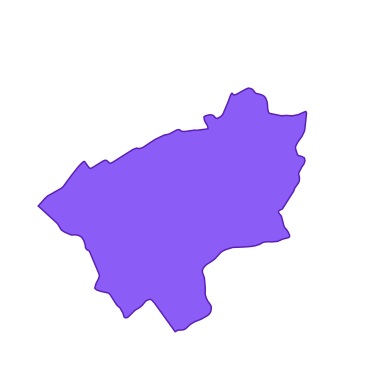 SVG path tracing the border of Tucumán, rotated 224°
{"feature_id": "ARG-1305", "entity_name": "Tucumán", "entity_type": "Province", "adm_level": 1, "iso_a3": "ARG", "parent_name": "Argentina", "parent_adm1": "", "projection": "robinson", "projection_center": [-65.419, -27.064], "detail": "fine", "context": "isolated", "style": "filled", "palette": "violet", "viewbox_px": 384, "rotation_deg": 224, "n_neighbors": 0, "source": "natural_earth", "source_scale": "10m", "svg_char_len": 3317}
<svg xmlns="http://www.w3.org/2000/svg" viewBox="0 0 384 384"><g transform="rotate(224 192 192)"><path d="M153.9,55.0L154.6,55.2L157.1,56.7L157.7,57.0L163.6,58.7L166.4,58.4L168.0,58.5L179.6,61.3L181.1,61.3L182.0,61.1L182.7,60.8L188.6,57.2L191.9,55.6L193.6,55.2L194.8,55.2L195.3,55.6L195.7,56.1L196.0,56.7L197.7,60.2L198.7,63.7L199.4,65.6L200.3,67.3L202.1,68.5L224.7,78.2L226.6,77.8L227.8,77.4L230.0,78.0L232.0,79.7L236.0,81.9L238.5,82.6L240.0,82.7L241.0,82.6L242.5,82.3L243.7,81.8L244.3,81.5L246.4,79.9L248.7,77.5L249.9,76.8L256.0,74.6L259.6,73.9L266.0,75.6L268.0,75.8L292.9,75.1L293.3,85.0L293.1,88.9L288.7,103.6L288.5,105.2L288.4,106.5L290.3,120.7L291.3,130.9L291.4,136.0L291.1,138.5L290.5,139.3L283.0,138.0L281.5,138.3L280.7,139.9L277.4,152.8L276.7,154.3L276.0,155.0L275.4,155.3L274.0,155.5L272.3,155.5L271.4,155.6L270.5,156.1L269.8,157.9L268.2,164.4L264.1,181.4L262.3,185.2L261.7,185.4L261.0,185.9L260.2,186.6L259.1,188.1L258.5,189.4L258.1,190.5L256.4,198.4L255.0,204.4L251.4,213.9L249.2,217.0L248.7,217.9L246.1,225.9L245.3,227.2L244.5,228.0L241.7,228.5L240.5,229.3L238.9,230.9L233.3,238.1L231.6,239.5L224.4,248.5L224.7,249.0L226.7,250.3L228.5,250.9L230.6,251.3L232.9,252.3L235.1,253.9L235.5,254.2L235.5,255.0L235.5,255.3L235.2,256.1L233.8,258.6L233.0,259.7L232.5,260.2L231.4,261.1L230.9,261.4L230.3,261.6L229.7,261.8L228.9,261.9L226.4,261.6L225.6,262.0L225.0,262.4L223.7,266.2L223.8,269.4L228.5,281.6L231.7,288.8L231.9,290.8L231.7,290.9L231.3,290.9L229.9,290.7L229.0,291.3L228.1,292.5L224.7,303.5L223.7,305.8L223.2,306.2L222.2,306.9L221.0,307.5L219.7,307.8L218.4,307.8L216.4,307.4L215.6,307.3L214.9,307.4L213.5,307.9L211.9,309.0L208.6,310.6L206.4,311.0L204.9,310.9L203.2,310.3L200.6,309.0L198.4,307.3L196.0,305.0L194.3,303.7L192.5,302.6L191.4,302.4L190.6,302.6L180.7,308.9L177.1,312.8L173.2,316.1L172.5,316.8L169.5,321.2L169.3,321.5L166.7,327.8L166.0,329.0L164.5,328.4L154.5,315.6L153.4,313.9L151.6,308.6L150.5,301.2L149.3,297.2L148.8,296.3L147.6,295.1L142.3,292.2L140.4,292.2L139.3,293.0L137.9,293.7L134.9,294.6L132.6,293.1L132.1,292.3L131.4,291.1L130.9,289.4L130.4,286.4L128.8,280.9L128.2,279.6L127.5,278.7L125.9,277.9L124.8,277.1L123.3,275.5L122.6,274.5L122.1,273.6L121.7,272.3L120.8,266.3L119.4,263.0L115.2,242.6L116.4,239.3L116.3,238.5L115.8,237.6L115.1,237.3L114.4,237.1L110.9,236.7L102.4,231.5L101.1,230.9L97.1,230.5L94.5,229.8L92.1,228.8L91.1,228.1L90.7,227.3L90.8,226.5L91.1,225.8L94.1,221.0L96.1,216.0L99.9,211.6L102.4,209.4L104.9,206.7L105.6,205.5L106.0,204.8L106.5,203.3L106.9,201.5L109.1,197.4L111.9,193.6L115.9,189.1L124.2,180.4L127.3,174.8L128.7,171.5L129.2,169.3L129.3,167.8L129.1,159.8L129.3,158.0L131.1,150.1L131.2,148.9L131.2,147.1L131.1,145.8L130.9,144.8L130.6,144.1L130.4,143.4L129.6,142.4L129.2,141.9L128.6,141.4L123.4,138.8L115.7,132.1L111.7,127.8L109.9,126.6L107.3,125.3L104.2,124.3L101.8,124.0L99.2,123.3L97.4,121.9L95.5,119.1L95.0,117.3L94.8,115.7L95.1,113.5L97.1,106.8L99.8,100.9L100.9,97.1L101.4,94.1L101.4,91.9L101.6,89.2L102.3,87.2L104.0,85.1L105.3,83.8L106.1,82.8L107.1,79.8L142.0,86.1L146.1,86.3L146.8,86.1L147.6,85.6L148.1,84.9L148.6,84.0L149.0,83.2L149.3,82.3L149.4,81.5L149.5,80.6L149.1,76.0L149.2,74.1L149.8,71.0L150.7,68.2L150.9,65.8L151.0,59.9L151.1,58.0L151.4,56.7L151.8,56.1L152.3,55.5L153.1,55.0L153.9,55.0Z" fill="#8b5cf6" stroke="#5b21b6" stroke-width="1.5"/></g></svg>